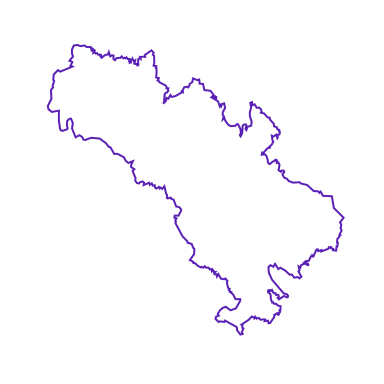 the district of Emiliano Zapata, Veracruz, Mexico, rotated 187°
{"feature_id": "50627088B15654993016577", "entity_name": "Emiliano Zapata", "entity_type": "district", "adm_level": 2, "iso_a3": "MEX", "parent_name": "Mexico", "parent_adm1": "Veracruz", "projection": "equal_earth", "projection_center": [-96.752, 19.457], "detail": "fine", "context": "isolated", "style": "outline", "palette": "violet", "viewbox_px": 384, "rotation_deg": 187, "n_neighbors": 0, "source": "geoboundaries", "source_scale": "gbopen_adm2", "svg_char_len": 5974}
<svg xmlns="http://www.w3.org/2000/svg" viewBox="0 0 384 384"><g transform="rotate(187 192 192)"><path d="M153.2,68.9L149.7,66.2L148.5,67.0L144.1,67.0L143.6,68.4L132.6,64.0L131.0,63.2L130.4,60.3L126.6,56.4L124.4,57.3L125.5,58.9L124.3,62.8L125.5,63.4L125.8,65.9L126.8,66.3L120.1,72.1L117.5,75.7L115.1,74.8L114.7,75.4L114.5,74.3L113.5,75.4L112.4,74.2L110.4,75.2L108.5,73.6L104.3,74.5L103.7,74.2L104.1,72.7L101.0,73.5L100.0,71.1L98.5,71.5L95.7,76.8L94.8,79.7L95.3,80.1L92.7,82.1L91.6,80.6L90.8,81.1L91.4,82.3L90.1,83.2L90.7,85.0L89.9,85.0L90.1,89.4L93.3,89.9L94.7,91.2L97.1,91.1L98.0,92.4L99.0,92.1L100.6,95.3L101.6,100.0L104.4,101.9L104.5,103.6L103.0,104.1L103.1,103.1L102.4,103.0L100.7,104.6L99.4,102.4L98.0,101.4L96.7,101.7L96.0,100.1L93.8,100.4L93.0,98.5L94.1,97.4L92.6,96.0L88.1,100.0L85.0,99.0L84.1,99.3L84.0,100.7L85.3,102.0L88.7,102.6L101.8,114.6L105.8,121.0L107.0,126.8L105.2,128.9L102.2,127.7L100.8,130.8L96.9,126.0L95.1,127.6L90.3,125.6L84.8,121.8L82.9,122.3L80.0,119.4L76.8,120.5L74.8,119.4L73.1,121.2L76.7,126.2L75.9,127.3L77.0,131.1L75.3,130.1L74.8,132.6L72.8,133.9L72.6,134.9L67.9,133.5L67.6,134.2L68.6,135.2L71.8,135.9L70.6,137.3L67.6,138.0L66.1,142.7L64.2,142.7L64.6,143.8L63.5,143.3L61.5,150.0L60.1,150.4L59.5,148.7L56.5,150.1L56.4,148.8L49.7,152.3L49.5,153.8L47.7,153.4L47.4,155.1L46.9,153.2L45.0,152.8L45.1,151.4L41.8,151.4L41.9,155.6L41.2,155.6L41.0,158.3L41.1,159.4L41.9,159.5L42.0,163.2L40.4,165.2L40.4,166.9L39.5,167.2L40.2,168.2L38.8,172.0L40.1,174.1L39.9,178.0L41.4,179.8L38.4,185.0L49.3,193.4L52.6,204.8L61.7,204.2L64.3,208.0L65.4,206.7L66.7,208.0L71.4,207.8L78.5,213.0L84.9,213.7L86.5,214.8L92.7,213.6L97.4,214.7L99.2,216.6L102.2,217.5L104.4,220.5L102.8,223.2L103.6,224.4L105.8,224.1L106.2,222.9L108.8,224.2L108.4,229.6L109.8,231.8L111.4,231.2L111.5,233.8L113.2,234.2L113.3,233.2L115.9,231.8L118.1,229.2L119.3,229.5L120.5,231.1L120.5,232.6L122.7,237.2L124.5,238.3L127.3,237.5L127.1,239.8L125.9,239.5L122.8,244.2L120.3,245.5L121.0,246.0L118.6,248.8L117.4,252.0L118.4,252.9L119.6,257.6L118.0,256.9L115.4,259.2L113.8,255.8L113.5,256.5L114.5,259.1L112.3,259.7L112.0,262.2L113.1,262.8L112.9,264.2L115.2,264.9L115.7,266.6L118.6,267.2L119.1,269.6L123.4,273.4L123.9,275.2L125.9,275.2L130.1,278.8L133.3,279.1L132.8,280.7L133.2,282.0L135.4,283.9L138.0,283.5L140.6,286.7L142.8,285.3L143.4,288.5L145.0,287.6L143.6,283.1L144.3,278.0L143.8,274.3L141.3,268.9L141.4,265.0L145.0,263.4L145.6,260.1L146.6,261.1L146.1,264.6L146.7,265.6L148.4,265.4L149.8,264.0L149.3,256.4L150.6,253.2L151.4,254.3L150.7,256.7L151.5,260.2L154.6,264.9L155.8,264.7L157.4,262.8L161.8,262.1L164.5,263.4L167.9,267.2L168.9,269.5L170.2,267.9L169.8,271.1L170.9,272.4L171.2,274.9L169.4,279.5L170.9,283.9L172.9,283.0L173.4,281.0L174.0,282.0L174.8,280.2L177.2,285.2L184.3,288.4L183.3,289.6L180.2,287.3L179.4,287.8L179.4,289.2L182.7,290.6L182.9,291.7L186.1,294.7L192.1,294.7L194.3,300.6L197.6,300.4L198.6,304.5L200.3,303.7L204.8,304.9L205.1,301.0L207.4,299.1L207.6,297.0L208.7,295.3L209.8,295.9L212.5,295.0L213.6,291.8L213.2,290.1L214.4,290.7L214.7,289.2L220.3,285.1L223.9,283.9L225.2,285.6L226.9,281.7L228.7,282.3L228.8,280.5L230.1,279.2L229.3,278.8L231.4,276.1L230.7,277.5L231.1,285.4L230.1,287.2L228.6,288.0L227.9,289.6L228.4,290.6L228.1,292.0L230.0,291.9L229.9,292.9L231.1,294.4L237.9,297.1L238.8,298.6L239.8,298.6L238.8,301.0L241.5,301.3L241.8,307.5L242.4,310.5L243.1,310.7L242.7,312.6L245.5,312.7L245.2,316.0L246.3,322.8L247.6,323.5L247.1,325.7L249.5,327.6L255.3,322.5L254.8,319.6L255.4,320.8L259.4,319.7L259.2,318.1L260.3,319.2L260.5,317.9L261.6,317.1L261.2,313.6L261.8,312.9L260.7,312.4L260.9,311.1L261.8,311.1L262.1,312.3L264.8,312.2L265.0,312.6L264.4,315.3L264.4,315.8L265.7,314.7L267.4,317.1L267.6,316.0L269.2,315.8L268.3,313.1L269.4,312.7L269.3,314.1L270.4,314.1L270.3,316.4L271.9,316.2L273.3,317.6L274.0,316.6L275.0,317.1L276.3,316.3L278.4,318.0L279.3,316.5L283.2,315.7L284.5,313.4L286.2,314.4L286.5,317.9L288.1,317.9L289.7,316.7L291.6,320.8L292.3,318.1L294.7,317.6L298.1,314.2L299.9,316.1L298.8,316.5L299.1,317.1L302.2,317.0L303.1,318.2L304.7,317.8L305.8,319.0L306.9,318.1L306.9,319.4L305.8,320.6L308.0,322.0L308.1,320.1L308.9,320.2L310.2,323.6L314.1,323.0L316.4,324.3L320.6,323.2L323.8,324.0L327.2,322.9L328.5,318.8L328.0,314.7L326.6,312.1L329.6,307.3L326.6,306.4L328.0,302.4L326.0,301.9L337.5,295.4L339.9,296.6L343.6,291.7L343.3,286.3L342.3,285.4L343.3,280.2L342.6,278.9L344.4,276.2L342.9,267.3L345.6,259.7L344.5,256.6L340.9,254.4L334.0,256.5L332.9,246.9L330.7,238.7L329.6,237.2L327.9,236.9L323.7,239.0L323.2,240.0L324.3,243.0L324.5,247.5L322.6,249.7L321.1,250.1L318.7,246.0L318.8,240.4L314.2,232.1L310.8,234.6L307.9,233.4L306.1,230.8L304.4,230.6L298.7,233.5L290.2,233.8L283.7,230.2L279.9,226.6L278.4,226.4L273.8,220.3L270.6,220.8L264.0,218.3L261.4,214.7L258.7,213.1L254.4,215.4L255.8,211.4L255.4,209.3L252.0,207.6L253.5,205.6L249.7,198.8L249.7,196.3L247.8,194.2L245.6,194.0L244.8,195.4L242.4,196.4L240.7,195.4L240.8,193.0L235.6,196.0L234.7,194.0L233.0,195.6L231.8,193.5L229.9,194.2L229.2,191.8L227.8,191.1L225.4,193.0L224.5,191.6L223.6,192.6L221.9,191.5L220.1,194.3L217.4,187.0L216.4,186.0L216.2,183.1L215.4,182.6L212.5,183.9L211.8,182.7L209.3,182.1L206.0,175.8L202.7,175.3L201.0,173.8L200.5,172.3L202.5,166.9L206.3,166.5L206.4,164.4L204.2,163.9L205.1,161.8L204.3,160.5L204.8,159.4L196.0,146.8L190.8,142.7L190.2,141.1L186.0,140.4L183.9,136.6L182.7,135.8L182.4,130.5L185.8,124.2L182.3,122.9L182.0,121.7L180.2,121.7L177.1,119.3L173.7,118.2L173.2,118.9L171.5,118.3L170.2,119.9L169.0,118.7L166.2,118.9L164.8,117.2L162.8,118.0L162.5,115.7L161.2,116.8L160.5,115.3L159.1,115.5L160.1,114.1L159.7,113.1L157.7,113.4L156.9,111.2L155.8,113.7L152.7,109.5L149.3,109.3L148.2,110.2L145.9,107.9L146.4,106.7L145.4,103.6L144.2,100.8L142.9,100.5L143.5,99.2L142.1,98.2L142.2,97.4L140.7,97.4L140.7,96.6L138.7,95.3L135.8,91.0L131.0,91.5L130.9,89.8L134.2,81.9L139.3,79.3L144.6,82.2L147.5,80.6L149.7,78.2L151.6,74.1L150.3,72.6L153.0,71.1L153.2,68.9Z" fill="none" stroke="#5b21b6" stroke-width="2"/></g></svg>